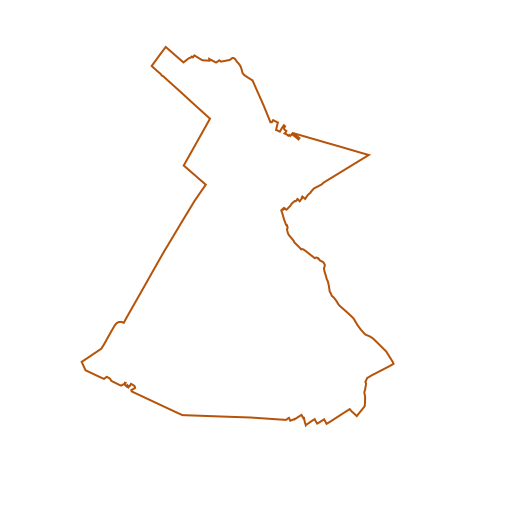 the district of Tláhuac, Distrito Federal, Mexico, rotated 202°
{"feature_id": "50627088B16651448707811", "entity_name": "Tláhuac", "entity_type": "district", "adm_level": 2, "iso_a3": "MEX", "parent_name": "Mexico", "parent_adm1": "Distrito Federal", "projection": "robinson", "projection_center": [-99.012, 19.269], "detail": "fine", "context": "isolated", "style": "outline", "palette": "amber", "viewbox_px": 512, "rotation_deg": 202, "n_neighbors": 0, "source": "geoboundaries", "source_scale": "gbopen_adm2", "svg_char_len": 5436}
<svg xmlns="http://www.w3.org/2000/svg" viewBox="0 0 512 512"><g transform="rotate(202 256 256)"><path d="M88.1,207.6L89.8,209.2L99.4,216.2L100.1,216.5L112.3,221.6L115.2,222.8L117.7,223.6L119.9,224.0L121.7,224.1L124.1,224.1L125.1,224.2L125.8,224.4L127.5,225.2L131.4,227.1L136.1,230.0L142.1,234.6L144.6,235.7L150.4,237.9L159.9,241.2L162.6,242.8L163.1,243.4L164.9,244.6L167.4,246.1L167.9,246.4L170.2,247.3L170.7,247.4L172.9,249.6L174.3,250.6L175.0,251.8L177.7,256.3L180.0,259.5L181.9,261.2L182.8,262.5L187.0,267.8L187.6,268.7L188.4,270.1L188.6,272.8L188.7,273.2L189.1,273.8L190.3,274.8L190.9,275.1L191.6,275.5L195.3,275.9L197.1,277.1L197.3,276.8L198.0,277.3L199.0,277.3L200.1,276.8L200.6,276.0L201.8,276.3L202.6,276.6L203.3,276.8L204.5,277.1L205.3,277.3L208.3,278.2L209.3,278.5L210.6,278.9L211.3,279.1L211.9,279.2L212.5,279.4L213.0,279.5L213.9,279.7L214.5,279.8L215.0,279.8L215.7,279.7L216.3,279.5L216.6,279.1L217.7,279.7L218.3,279.9L218.5,280.0L219.3,280.4L221.3,281.2L222.2,281.6L222.6,281.8L223.0,281.9L224.8,282.7L225.0,282.7L225.3,282.9L225.9,283.3L226.4,283.9L227.5,284.6L229.3,285.6L230.4,286.2L231.1,286.5L231.8,286.9L232.3,287.1L233.0,287.5L233.6,287.9L234.2,288.4L234.6,288.8L235.0,289.2L235.4,289.7L236.3,290.9L236.8,291.7L237.2,292.3L237.4,292.6L237.2,293.9L237.6,294.6L238.5,295.7L238.6,295.4L239.3,295.8L239.8,296.2L240.2,296.6L242.4,299.0L244.0,300.8L245.7,303.0L246.3,303.8L246.9,304.5L247.8,305.7L248.2,306.1L249.7,307.8L248.5,310.3L248.0,309.6L247.3,311.0L246.5,310.5L246.1,310.6L245.5,310.3L245.1,310.6L244.9,310.6L244.4,311.8L244.1,312.7L243.7,313.6L243.3,314.5L243.0,315.4L242.7,316.5L242.6,317.2L242.5,317.9L241.6,319.7L241.1,320.7L240.8,321.2L240.7,321.4L240.4,321.7L239.8,321.6L239.2,322.5L239.1,323.1L239.0,324.1L239.0,324.3L238.9,324.5L236.0,323.1L235.8,323.6L235.7,324.3L235.5,324.9L234.9,327.2L235.5,327.6L235.3,328.5L231.8,327.3L231.6,328.1L231.6,328.6L231.5,329.0L231.4,329.6L231.3,330.0L231.2,330.4L231.1,330.7L230.8,331.8L229.9,333.9L229.3,334.9L229.1,335.3L229.1,335.9L229.0,336.4L228.8,337.1L228.2,338.6L227.9,339.7L227.7,340.1L227.5,340.3L227.3,340.5L227.0,341.1L224.5,343.9L221.8,347.1L221.5,348.0L220.6,349.7L195.3,383.8L189.3,391.9L199.5,390.8L202.8,390.5L208.8,389.9L215.9,389.2L221.7,388.6L228.4,387.9L233.7,387.3L237.8,386.9L244.9,386.2L249.4,385.7L255.3,385.1L260.2,384.6L264.2,384.2L267.8,383.8L267.8,383.6L259.9,381.6L260.3,380.0L262.3,380.7L266.1,381.8L268.5,382.4L268.9,380.9L269.2,380.1L270.6,380.7L271.1,379.6L272.9,380.2L275.5,380.3L275.3,380.8L274.8,381.2L274.7,383.3L275.8,383.5L276.8,383.8L277.4,384.2L277.8,384.8L278.1,385.1L277.6,387.1L279.1,387.7L280.0,384.0L280.0,383.5L280.5,380.2L282.7,380.4L283.2,380.5L284.5,380.3L284.9,382.0L285.7,387.9L287.5,388.1L289.3,388.2L291.0,388.4L291.4,386.0L292.7,385.4L298.8,391.7L305.4,398.5L309.0,402.0L314.1,406.9L325.1,417.6L325.8,417.6L333.3,419.0L333.5,419.1L334.7,419.4L335.0,419.5L336.7,420.4L336.9,420.6L337.7,421.4L338.0,421.8L338.1,422.0L338.4,422.5L339.0,423.3L340.1,424.7L340.6,425.3L341.3,425.9L341.9,426.4L342.5,426.9L343.0,427.2L343.8,427.7L346.5,429.0L347.0,429.3L347.8,429.9L348.4,430.3L349.2,430.7L350.1,431.1L351.5,431.0L352.1,430.7L353.8,427.9L361.3,423.1L363.3,423.7L365.5,420.4L369.6,420.8L373.2,421.2L372.4,419.6L376.6,418.2L379.1,417.4L384.8,418.3L388.3,418.9L389.0,416.5L391.1,417.0L390.1,416.3L392.4,414.1L395.8,408.3L418.0,416.0L419.9,408.9L423.9,393.1L417.0,390.5L413.9,389.5L412.3,388.9L411.0,388.0L409.2,387.9L407.4,387.2L404.8,386.2L392.7,381.8L382.6,378.1L376.0,375.6L371.4,373.9L366.0,371.9L361.9,370.4L356.5,368.4L350.1,366.1L351.7,353.4L356.9,312.8L329.3,303.3L332.3,290.0L333.6,284.1L337.6,259.5L341.8,232.6L342.7,227.4L345.7,205.1L347.4,191.9L349.2,178.2L351.0,164.9L352.8,151.2L353.6,144.5L356.1,144.5L358.4,143.4L360.0,141.7L361.0,138.6L362.1,130.7L363.8,117.2L364.7,112.1L368.8,106.0L370.2,104.0L375.1,96.7L378.0,92.6L371.3,86.2L370.0,86.1L355.9,85.3L350.9,85.1L349.1,88.1L348.2,88.0L345.4,87.5L343.3,86.0L334.1,85.3L332.5,85.3L330.8,87.4L330.0,87.5L330.1,89.4L329.4,89.5L329.2,87.4L328.3,87.1L327.1,86.6L326.8,88.0L325.4,87.3L325.7,86.4L325.0,86.3L324.6,88.4L324.2,88.5L324.0,90.6L322.0,90.4L321.0,90.2L319.8,89.8L319.6,89.7L318.7,88.3L321.4,84.9L320.6,83.9L318.0,83.7L303.2,82.9L295.8,82.5L286.5,82.0L273.4,81.3L264.6,80.9L248.4,86.8L243.4,88.6L219.2,97.4L200.3,104.3L177.0,111.9L167.0,115.2L166.7,115.4L166.2,116.1L165.5,117.4L165.0,118.1L164.8,118.3L162.5,116.1L159.2,119.3L159.0,119.1L158.6,119.7L154.3,125.7L151.7,123.6L151.5,123.4L151.1,124.0L150.8,123.8L149.9,122.2L149.5,121.7L148.9,120.9L148.5,120.2L148.2,119.8L147.7,119.3L147.2,118.8L146.4,117.7L146.2,118.3L142.5,123.9L140.5,126.7L139.2,125.5L136.8,123.7L136.5,123.5L135.3,125.0L132.2,129.3L131.7,130.1L127.7,126.8L127.2,127.5L126.6,128.3L126.0,129.1L125.4,129.8L124.8,130.7L124.0,131.8L123.3,132.9L122.5,133.9L121.7,135.1L119.5,138.2L115.7,143.6L111.8,149.1L110.2,148.3L109.2,147.8L104.5,146.1L102.6,145.3L101.8,148.1L101.5,149.0L101.0,150.7L100.6,151.9L100.1,153.5L99.8,154.7L99.7,154.8L99.0,157.5L99.9,160.6L100.0,160.9L101.2,164.0L102.1,166.4L104.2,169.6L104.6,170.5L104.7,171.9L104.7,172.3L104.9,173.5L105.2,174.7L105.3,175.3L105.4,175.5L105.9,178.0L106.3,179.2L107.0,179.8L107.4,180.2L107.3,181.8L107.2,184.5L106.0,186.1L104.9,187.5L104.1,188.6L102.5,190.5L101.7,191.4L100.3,193.0L97.5,196.3L97.1,196.8L95.9,198.1L93.2,201.3L91.7,203.0L91.2,203.6L90.4,204.6L89.1,206.2L88.1,207.6Z" fill="none" stroke="#b45309" stroke-width="2"/></g></svg>